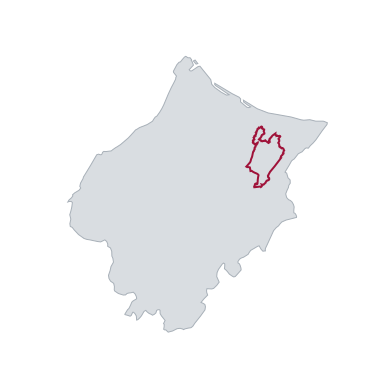 Nawa, Bas-Sassandra, Ivory Coast shown in context, rotated 218°
{"feature_id": "98640826B56207519899242", "entity_name": "Nawa", "entity_type": "district", "adm_level": 2, "iso_a3": "CIV", "parent_name": "Ivory Coast", "parent_adm1": "Bas-Sassandra", "projection": "equal_earth", "projection_center": [-6.491, 5.911], "detail": "fine", "context": "in_parent", "style": "outline", "palette": "rose", "viewbox_px": 384, "rotation_deg": 218, "n_neighbors": 0, "source": "geoboundaries", "source_scale": "gbopen_adm2", "svg_char_len": 8585}
<svg xmlns="http://www.w3.org/2000/svg" viewBox="0 0 384 384"><g transform="rotate(218 192 192)"><path d="M114.0,78.3L114.9,78.3L117.4,77.3L119.6,75.1L121.7,70.6L124.5,66.9L127.7,67.2L128.6,66.5L129.8,66.4L131.1,68.8L132.4,70.6L133.4,70.7L134.1,74.2L139.9,75.6L142.3,76.6L144.4,79.1L145.1,79.2L146.0,78.6L146.7,77.7L146.9,76.8L146.0,74.5L146.4,72.4L147.3,70.6L148.8,70.5L151.0,69.9L153.6,69.9L155.5,70.3L156.3,68.4L155.6,63.3L155.7,60.4L156.1,58.0L156.8,57.0L159.6,60.1L162.3,61.1L164.1,61.2L164.7,60.7L163.9,57.4L164.1,56.4L164.8,55.8L166.0,55.5L169.4,54.1L169.7,54.4L170.3,59.6L170.0,61.3L170.7,64.8L171.6,68.1L171.5,69.4L170.8,71.4L170.0,73.3L170.1,74.1L171.4,75.3L174.0,76.6L176.6,76.9L178.1,75.0L179.6,73.5L180.7,72.1L181.0,70.0L182.7,68.5L187.5,66.7L191.9,66.4L193.0,67.0L195.0,69.8L197.5,71.8L201.3,71.6L204.1,72.7L206.5,74.9L208.2,79.8L209.9,83.3L210.7,88.4L213.5,91.0L215.7,92.2L218.7,95.8L221.8,97.7L225.0,97.3L226.4,99.2L228.8,100.5L231.2,100.6L233.3,96.4L236.0,94.8L243.0,91.4L245.7,89.9L248.5,88.9L255.2,88.6L261.5,89.6L264.6,90.4L266.7,89.9L268.7,91.8L270.8,96.0L272.5,97.4L274.3,98.8L275.6,102.1L277.1,105.4L277.9,106.9L279.8,110.1L281.4,110.2L283.0,108.8L283.7,107.7L284.0,109.9L283.4,113.3L283.5,115.5L284.4,116.3L283.9,119.1L282.1,123.8L282.1,126.6L283.9,127.4L285.3,130.4L286.1,135.4L286.8,137.1L286.9,138.2L288.3,150.4L290.0,162.7L288.9,164.3L287.5,164.8L286.6,165.3L286.3,166.5L286.9,168.2L286.5,169.7L284.8,170.8L280.9,174.7L280.6,176.2L279.6,179.6L278.8,181.6L277.5,185.4L275.5,195.3L274.8,203.6L274.7,206.1L273.9,207.9L273.0,210.5L268.8,217.6L266.7,223.4L267.0,225.9L267.1,228.4L266.4,230.2L266.6,235.1L267.1,239.2L267.9,243.2L271.0,254.6L272.6,261.5L273.6,267.1L274.4,270.9L275.3,272.4L275.6,273.8L280.2,274.9L281.0,275.7L282.3,283.0L282.1,286.2L281.2,287.5L281.2,290.3L281.0,293.7L280.4,295.1L277.8,295.3L276.1,296.6L273.8,296.0L273.6,295.2L272.4,294.9L269.0,292.9L269.5,286.6L268.0,286.3L266.8,287.2L264.4,294.7L263.2,296.0L246.4,292.1L242.7,289.0L238.3,288.3L230.7,288.6L224.4,289.6L222.6,291.5L238.5,290.4L240.2,290.6L241.0,291.7L220.9,294.2L213.2,295.7L211.0,295.3L209.3,292.9L200.9,292.6L199.2,293.4L198.2,295.2L201.5,294.8L206.6,294.7L208.0,296.0L191.8,297.8L180.6,301.2L175.8,303.8L160.1,312.1L150.6,316.0L148.1,317.4L143.7,321.5L138.1,324.0L131.9,328.8L128.0,329.9L127.2,328.3L127.1,320.3L126.5,309.5L126.7,305.3L127.3,301.4L127.3,298.2L129.2,297.0L129.7,295.7L130.0,291.5L131.8,287.6L131.8,281.0L132.3,279.6L132.7,277.8L132.0,273.5L131.0,265.2L130.5,264.7L130.1,265.0L129.1,265.2L125.1,262.3L122.1,261.9L120.0,259.4L119.8,256.7L118.8,255.0L118.1,251.8L117.0,248.2L114.0,245.9L111.2,245.4L109.2,245.9L106.9,245.7L104.2,244.5L102.3,243.1L100.6,240.4L99.0,238.3L97.7,238.6L96.1,238.1L94.5,237.1L94.0,236.3L100.6,227.8L102.8,223.6L103.0,221.1L103.0,218.5L103.7,215.8L103.9,211.8L100.4,197.2L99.4,192.7L98.5,191.3L97.9,190.8L99.7,189.0L102.2,189.4L106.0,190.9L106.9,189.5L109.8,182.1L109.7,179.3L109.4,177.5L111.2,172.4L112.5,170.4L113.2,168.3L113.0,165.5L112.0,164.4L110.6,164.6L109.0,163.9L106.6,162.2L105.3,160.8L105.7,154.1L105.9,152.0L106.8,150.8L108.2,150.5L112.0,150.3L115.1,151.1L117.8,151.5L119.2,151.5L120.4,153.5L121.9,155.5L123.3,155.5L123.8,154.0L123.5,147.4L122.6,143.9L120.5,140.6L115.1,137.7L115.0,133.7L115.6,129.4L116.7,127.8L120.7,125.0L120.0,123.5L118.7,122.0L116.2,120.4L116.8,115.2L116.9,110.5L114.8,111.1L112.6,111.3L110.8,109.9L109.2,107.1L108.9,99.4L109.0,90.4L108.7,86.5L109.3,84.4L111.2,82.4L113.2,79.9L114.0,78.3ZM271.6,296.1L270.8,297.9L266.5,296.8L267.5,295.3L271.6,296.1Z" fill="#d9dde1" stroke="#a8b0b8" stroke-width="1"/><path d="M142.8,272.8L142.9,272.7L143.2,273.0L143.2,273.5L143.6,274.4L143.7,274.9L143.9,275.3L143.8,275.6L143.7,276.4L143.6,276.7L143.7,276.9L143.6,277.0L143.8,277.6L143.9,277.9L143.9,278.0L143.7,278.0L143.5,278.3L143.5,278.5L143.6,278.8L143.9,279.1L144.3,279.1L144.3,279.3L144.5,279.5L144.6,279.9L144.8,280.5L145.0,280.6L145.1,280.8L145.1,281.1L145.0,281.5L146.7,282.4L147.2,282.3L147.7,282.4L148.0,282.2L148.0,281.8L148.2,281.6L148.5,281.7L148.8,281.6L149.2,281.6L149.4,281.8L149.9,281.9L150.1,281.8L150.3,281.5L150.7,281.6L150.8,281.8L151.2,281.6L151.4,281.8L152.7,283.3L153.4,283.7L154.3,283.8L154.4,284.0L154.4,284.3L154.4,284.6L154.4,285.4L154.6,285.6L154.7,286.0L154.8,286.1L155.0,286.3L155.1,286.5L155.3,286.6L155.4,286.8L155.7,286.9L155.8,286.8L156.0,286.8L156.1,287.0L156.4,287.1L156.6,287.2L156.6,290.1L156.9,290.3L157.4,290.2L157.4,289.8L157.5,289.8L157.6,289.6L157.8,289.5L158.0,289.5L158.5,289.3L158.7,289.2L159.0,289.1L159.1,288.8L159.3,288.8L159.6,288.5L159.9,288.4L160.0,288.2L160.4,288.6L160.6,288.4L161.5,288.3L162.3,289.5L163.3,286.1L163.4,284.2L163.2,284.0L163.4,283.0L163.3,282.4L163.4,281.9L163.6,281.8L163.6,281.7L163.3,281.5L163.0,281.1L162.9,280.8L163.1,280.5L163.2,280.1L162.9,279.6L162.6,279.7L162.4,279.6L162.2,279.8L161.9,279.4L161.8,279.2L161.6,279.2L161.8,278.5L162.0,278.3L162.0,278.2L161.8,277.9L161.9,277.7L165.5,277.7L165.8,277.3L166.0,277.4L166.2,277.2L166.3,277.4L166.5,277.1L166.7,276.8L166.9,276.3L167.3,276.1L167.5,275.8L167.6,275.7L168.0,275.3L168.0,275.1L168.3,275.0L168.8,275.1L168.9,274.9L169.3,275.2L169.6,275.1L170.0,275.0L170.0,274.8L170.1,274.7L170.4,274.8L170.6,274.8L170.8,274.5L171.0,274.3L171.0,274.1L171.2,274.5L171.4,274.5L171.6,274.5L171.6,275.0L171.4,275.1L171.3,275.3L171.4,275.6L171.5,275.7L171.6,275.9L171.5,276.1L171.5,276.3L171.3,276.6L171.3,277.1L171.4,277.5L171.4,277.8L171.5,278.1L171.4,278.3L171.4,278.5L171.7,278.9L171.7,279.0L171.9,279.2L171.9,279.4L172.0,279.6L172.0,279.9L171.9,280.0L171.8,280.3L171.7,280.5L171.5,281.0L171.5,281.3L171.2,281.4L171.1,281.6L171.1,282.1L171.0,282.3L170.9,282.6L171.3,282.9L171.7,283.4L172.1,283.5L172.5,283.8L172.8,283.9L172.9,284.0L173.1,284.6L173.3,285.4L173.4,285.5L173.6,285.7L173.8,285.6L173.8,285.3L173.8,285.2L174.8,285.3L175.3,285.6L176.0,285.2L176.3,285.5L176.5,285.9L176.8,286.4L177.0,286.5L177.3,286.4L177.6,286.3L177.8,285.9L177.8,285.7L178.1,285.2L178.0,284.8L178.0,284.4L178.1,284.2L178.1,283.9L178.5,283.6L178.6,283.2L178.6,282.9L178.9,282.7L179.0,282.8L179.0,282.2L179.2,281.9L179.1,281.7L178.8,281.5L178.8,281.1L178.6,280.8L178.5,280.5L178.4,280.3L178.4,280.2L178.5,280.1L178.6,279.7L178.5,279.3L178.5,279.1L178.4,278.9L178.3,279.0L178.2,278.9L178.1,279.0L177.7,278.2L177.8,278.0L177.6,278.0L177.5,277.7L177.3,277.4L177.1,276.8L177.0,276.4L176.9,276.1L177.0,275.8L177.0,275.7L176.8,275.6L176.7,275.5L176.9,275.4L177.1,275.3L177.2,275.2L177.1,274.8L177.1,274.5L177.1,274.4L177.3,274.2L177.1,273.9L177.1,274.0L176.9,273.8L176.9,273.5L176.9,273.3L176.7,273.4L176.7,273.2L176.4,273.0L176.5,272.8L176.2,272.5L176.0,272.1L176.0,271.9L175.9,271.6L175.8,271.2L175.7,271.2L175.6,271.5L175.4,271.5L175.5,271.3L175.4,271.1L175.5,271.0L175.4,270.9L175.3,270.5L175.4,270.4L175.5,270.3L175.6,270.2L175.6,269.8L174.9,269.2L174.7,269.3L174.5,269.0L174.4,269.0L174.5,268.6L174.5,268.4L174.0,268.2L171.7,268.3L170.6,271.5L170.5,271.4L170.5,271.1L170.7,270.8L170.3,270.2L170.4,269.9L170.4,269.6L170.6,269.4L170.6,269.2L170.5,268.6L170.4,268.6L170.5,268.3L170.4,268.3L170.4,268.0L170.4,267.8L170.4,267.6L170.1,267.2L170.0,266.9L169.8,266.8L170.0,266.0L169.8,265.1L169.7,265.0L169.5,264.9L169.4,264.8L169.2,264.7L169.2,264.4L168.9,264.2L168.8,263.4L168.9,263.1L168.8,262.6L168.6,262.4L168.4,262.1L168.5,261.7L168.4,261.4L168.5,261.1L166.4,256.9L165.6,254.1L164.9,252.6L164.5,251.2L164.8,245.5L164.4,245.6L164.0,245.5L163.7,245.7L162.5,246.6L161.5,247.0L158.8,244.5L158.0,245.4L155.9,245.5L155.7,245.6L154.9,245.7L153.1,246.2L151.8,246.5L151.0,246.5L150.0,246.3L149.9,246.2L149.0,244.3L147.7,242.1L146.3,240.1L146.3,239.8L146.2,239.3L146.1,239.2L145.6,239.0L145.5,238.7L145.5,238.4L145.6,238.2L145.7,238.3L146.1,238.4L146.4,238.4L146.5,238.3L146.6,238.1L146.8,238.0L146.9,237.7L147.1,237.6L147.2,237.3L147.2,237.1L147.0,236.9L146.8,236.1L146.8,235.8L146.4,235.1L146.3,234.7L146.3,234.4L146.1,234.2L145.9,234.1L145.7,234.4L145.6,234.2L145.6,234.3L141.4,238.5L140.8,238.3L140.6,239.0L140.7,239.4L140.6,239.6L140.8,240.0L141.0,240.2L141.4,240.7L141.6,240.8L140.7,241.1L140.6,241.3L140.6,241.6L140.5,242.0L140.4,242.1L140.1,242.1L139.9,243.4L139.9,244.0L139.7,244.5L139.8,244.7L139.8,244.8L139.9,245.1L140.0,245.3L140.0,245.6L140.0,246.0L140.1,246.3L140.0,246.5L140.1,246.9L139.8,247.4L139.6,247.5L139.5,248.0L139.0,248.4L139.0,248.8L138.9,249.2L139.0,249.6L139.2,249.8L139.6,250.3L139.8,250.5L140.3,250.6L140.7,250.4L141.2,250.7L141.4,250.7L141.7,251.0L141.8,251.5L142.1,251.6L142.1,252.0L142.2,252.3L142.3,252.3L142.9,255.9L142.7,263.2L142.8,272.8Z" fill="none" stroke="#9f1239" stroke-width="2"/></g></svg>